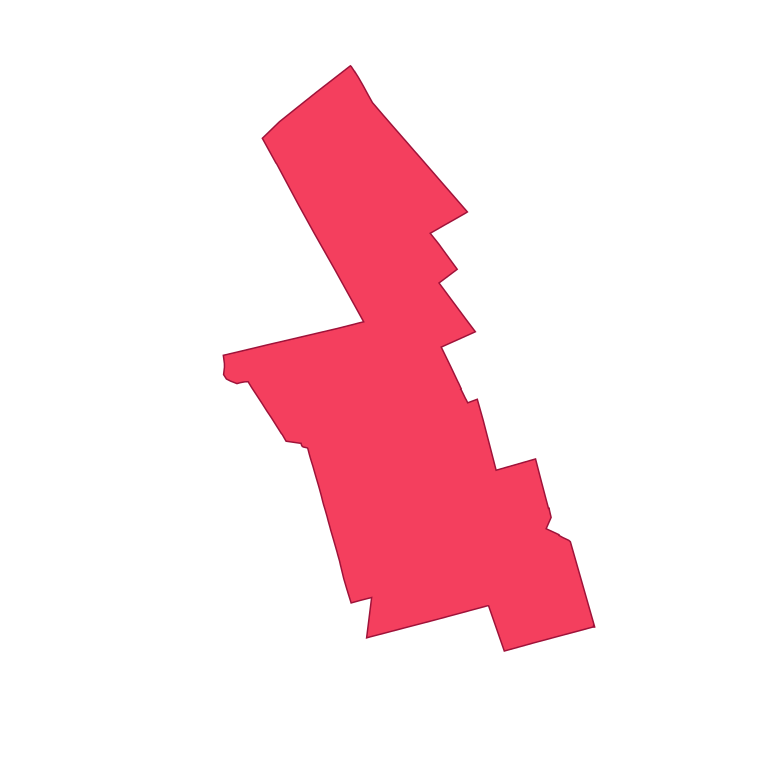 outline of Goicea, Dolj, Romania, rotated 67°
{"feature_id": "2599482B52312852000830", "entity_name": "Goicea", "entity_type": "district", "adm_level": 2, "iso_a3": "ROU", "parent_name": "Romania", "parent_adm1": "Dolj", "projection": "equal_earth", "projection_center": [23.601, 43.927], "detail": "fine", "context": "isolated", "style": "filled", "palette": "rose", "viewbox_px": 768, "rotation_deg": 67, "n_neighbors": 0, "source": "geoboundaries", "source_scale": "gbopen_adm2", "svg_char_len": 2237}
<svg xmlns="http://www.w3.org/2000/svg" viewBox="0 0 768 768"><g transform="rotate(67 384 384)"><path d="M610.9,499.2L611.4,495.2L611.5,494.6L616.3,461.8L620.8,431.4L628.6,375.2L629.1,374.4L676.8,377.6L680.8,347.3L689.4,286.3L689.1,286.1L688.4,285.6L689.9,285.6L690.0,285.0L602.0,274.1L600.1,275.0L595.2,279.4L591.6,282.2L591.1,281.8L580.6,291.3L572.1,282.3L564.6,281.0L562.9,280.5L562.8,280.9L562.8,281.2L550.8,279.5L537.7,277.6L536.9,277.5L524.2,275.6L512.2,273.8L507.4,312.7L507.2,314.5L481.2,310.6L469.7,308.9L456.4,306.9L434.5,304.1L434.0,314.3L430.3,314.5L429.2,314.7L426.9,314.8L422.8,315.0L421.5,315.1L421.0,315.1L419.4,315.2L419.3,315.3L419.1,315.4L418.9,315.5L418.6,314.8L417.6,314.8L417.3,314.9L416.5,314.9L415.3,314.9L411.9,315.0L411.2,315.1L394.2,315.8L372.4,316.9L372.2,307.7L371.6,279.5L357.2,283.1L356.4,283.3L334.5,288.6L312.5,293.9L307.0,271.8L283.9,277.2L276.4,278.9L263.3,282.6L263.1,280.6L261.4,266.7L260.7,260.4L258.5,241.7L258.2,240.0L257.3,240.3L245.6,244.1L226.2,250.4L220.7,252.2L197.2,259.8L186.1,263.4L181.4,265.0L173.9,267.4L149.8,275.3L140.5,278.3L135.9,279.8L124.8,283.3L120.5,284.7L118.4,284.9L112.1,285.6L101.6,286.6L91.6,287.8L84.8,288.9L84.2,288.9L84.6,289.1L79.0,290.1L78.0,290.6L78.2,291.5L88.9,331.9L95.6,355.9L101.7,377.7L110.3,400.0L138.5,397.1L139.2,396.8L185.2,392.7L218.1,389.3L259.1,384.6L318.8,378.4L317.9,383.9L317.3,388.2L314.4,406.7L302.2,477.1L300.3,488.6L295.2,518.4L294.8,520.7L302.8,522.9L306.2,524.3L312.7,528.0L317.8,527.1L321.5,524.0L324.2,521.2L326.2,519.2L326.6,515.9L327.6,511.3L328.8,508.2L335.6,507.2L353.8,503.9L363.0,502.4L371.3,500.8L380.6,499.3L387.2,498.2L389.3,497.9L390.8,497.4L398.4,496.5L405.6,484.6L406.2,483.5L407.0,483.7L408.1,483.8L409.6,483.6L410.6,482.7L412.5,480.0L413.1,479.4L414.0,479.4L419.4,480.2L423.3,480.7L427.0,481.1L432.2,481.6L437.7,482.3L443.5,483.0L450.5,483.8L454.6,484.3L458.2,484.8L460.5,485.1L463.9,485.6L467.5,486.2L471.0,486.7L471.7,486.8L476.6,487.3L483.9,488.2L487.8,488.8L496.2,489.9L497.2,490.1L506.7,491.2L520.6,492.9L522.5,493.2L529.7,494.1L534.6,495.0L534.8,495.0L547.4,497.1L558.6,498.4L561.0,498.6L561.5,498.7L572.7,499.8L573.9,490.6L574.4,487.3L575.7,478.8L610.9,499.2Z" fill="#f43f5e" stroke="#9f1239" stroke-width="1.5"/></g></svg>